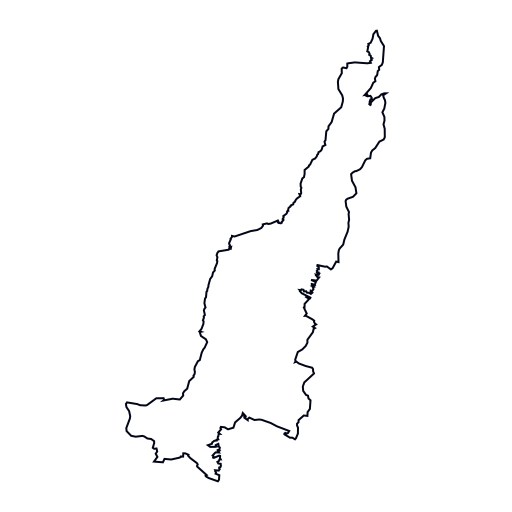 Stejari, Gorj, Romania
{"feature_id": "2599482B41789780482797", "entity_name": "Stejari", "entity_type": "district", "adm_level": 2, "iso_a3": "ROU", "parent_name": "Romania", "parent_adm1": "Gorj", "projection": "robinson", "projection_center": [23.706, 44.799], "detail": "fine", "context": "isolated", "style": "outline", "palette": "ink", "viewbox_px": 512, "rotation_deg": 0, "n_neighbors": 0, "source": "geoboundaries", "source_scale": "gbopen_adm2", "svg_char_len": 6061}
<svg xmlns="http://www.w3.org/2000/svg" viewBox="0 0 512 512"><path d="M217.9,481.3L219.0,479.7L219.3,475.2L215.6,473.7L216.0,472.6L215.2,471.1L215.9,470.7L215.6,470.3L218.7,470.6L219.7,469.2L219.1,468.2L219.2,467.5L220.4,467.1L220.9,465.9L220.7,463.8L218.3,463.5L217.4,461.9L218.8,461.1L219.5,459.4L220.7,459.4L220.0,458.2L220.1,455.9L219.2,455.6L213.8,457.9L213.1,457.6L213.5,456.4L212.6,455.5L215.5,452.4L218.9,452.5L218.2,451.7L219.0,451.1L217.7,450.9L217.6,450.1L219.5,449.5L219.8,447.5L218.8,446.6L218.3,443.9L215.7,445.1L215.7,446.1L216.4,446.6L215.0,446.9L210.2,446.9L207.9,445.2L211.9,443.8L212.2,442.5L214.3,440.8L216.7,440.5L216.6,439.8L218.3,439.4L217.7,438.2L217.9,436.7L218.3,436.3L218.7,433.7L219.7,433.8L218.3,432.5L221.1,429.3L220.4,428.0L220.9,426.9L224.6,427.3L228.0,429.3L233.4,427.7L235.1,422.4L240.3,417.9L242.0,415.7L242.8,413.0L245.8,416.3L245.5,417.2L244.2,416.2L244.4,417.8L247.7,420.1L247.7,419.0L249.3,417.6L254.5,420.0L259.3,419.5L261.6,419.8L270.7,423.0L276.9,426.3L289.2,431.0L287.9,433.1L286.6,433.5L285.3,432.9L284.4,433.6L284.4,434.3L290.0,437.7L292.4,437.7L295.0,439.3L296.0,438.2L297.9,433.6L298.0,427.6L297.1,425.7L297.0,423.8L298.5,422.2L298.6,420.1L303.8,415.5L307.4,415.9L307.6,412.1L309.9,408.9L310.5,400.3L308.5,398.5L308.0,395.7L306.0,394.9L303.2,390.9L302.8,386.6L304.3,382.4L314.0,373.5L313.1,371.2L313.0,369.0L312.1,367.7L305.6,366.0L298.7,363.4L296.4,361.6L295.1,362.1L295.5,361.3L295.2,359.7L297.8,352.0L302.2,349.5L305.7,346.0L307.4,342.7L307.4,339.8L312.9,332.2L313.6,328.9L315.0,328.1L312.8,326.6L316.1,324.4L315.0,323.7L314.0,321.8L314.2,320.7L312.5,319.4L306.1,315.9L304.9,315.9L306.7,313.5L304.3,308.5L304.5,307.9L303.9,307.5L304.6,306.3L304.6,303.9L309.2,298.9L306.3,297.1L307.1,296.6L310.2,298.1L310.4,297.6L301.8,293.3L299.8,291.0L300.1,290.3L299.8,290.0L301.0,290.1L301.5,289.4L303.5,289.8L304.0,291.4L306.2,291.3L306.9,292.6L309.1,292.9L310.9,293.9L312.2,292.8L311.2,292.2L311.5,291.8L310.6,291.3L310.7,290.6L312.1,291.1L313.5,289.1L312.9,287.5L313.9,287.0L312.2,286.1L313.9,285.5L311.8,284.5L311.8,284.0L314.8,284.8L315.8,282.0L311.1,279.9L316.6,280.6L319.1,277.4L317.3,277.0L316.0,275.3L316.4,275.0L316.1,274.6L318.6,274.9L319.3,273.6L318.0,273.3L317.6,273.0L318.1,272.5L317.0,272.3L317.3,271.6L316.8,270.9L317.8,269.6L317.6,269.1L318.8,269.2L318.8,267.4L317.3,266.0L317.5,265.1L325.1,266.7L326.9,266.5L330.9,269.4L332.6,268.2L336.2,261.6L338.5,262.1L338.3,253.4L338.8,250.4L339.6,248.6L343.2,244.6L344.4,239.5L347.6,231.7L348.7,226.6L348.4,223.0L349.1,219.7L348.6,213.9L349.0,212.1L346.3,206.6L345.6,201.1L346.2,199.7L347.6,198.7L353.0,196.8L356.4,193.3L355.5,187.3L352.0,180.8L351.1,174.2L352.5,172.7L355.0,171.2L356.3,171.1L360.0,169.3L361.9,167.2L365.3,160.3L367.0,158.8L370.2,158.3L371.0,152.6L372.3,150.4L375.2,148.1L379.4,141.6L383.7,139.5L384.8,137.2L384.7,128.7L383.5,124.4L384.5,120.5L384.4,117.0L382.4,112.3L384.3,108.5L385.4,102.8L384.9,99.9L384.0,98.4L383.1,95.3L386.1,93.3L384.3,93.3L381.3,94.4L378.8,97.0L375.3,98.1L370.9,102.4L370.7,104.7L370.3,105.0L369.3,104.1L370.0,102.3L369.6,101.9L370.5,99.4L371.8,99.2L371.7,97.7L370.4,95.9L367.3,96.3L366.1,95.7L368.0,94.3L364.8,94.9L370.8,88.1L373.3,82.7L375.4,81.2L374.9,78.6L375.7,76.6L377.1,75.3L377.8,71.0L379.2,69.8L378.9,67.1L381.8,64.9L382.8,62.4L384.0,46.1L380.8,41.0L380.0,38.3L378.1,35.8L376.9,30.7L376.0,30.8L373.4,34.2L372.6,38.6L370.7,42.7L368.3,44.0L368.8,45.0L367.8,46.5L368.2,46.9L367.3,51.4L368.8,52.1L369.6,53.8L369.2,54.8L370.7,55.7L371.0,57.5L371.8,58.0L371.2,58.2L371.1,59.0L371.8,59.9L370.0,61.2L370.8,62.8L367.3,63.3L354.8,62.4L348.1,63.3L347.3,63.5L347.3,66.7L346.5,68.2L343.0,67.5L341.7,68.6L341.8,73.2L338.4,79.2L337.9,81.7L338.4,89.1L342.2,95.3L343.0,98.5L342.8,101.6L341.2,107.3L334.1,113.6L331.6,122.1L328.5,126.3L328.4,128.9L326.3,131.3L325.5,140.2L324.5,141.7L325.4,145.0L322.6,146.4L321.7,149.6L320.4,151.2L318.5,152.2L318.1,154.1L317.3,154.6L316.7,156.5L315.1,158.5L312.4,159.8L310.1,164.6L309.0,165.4L308.8,166.5L304.6,170.0L304.6,174.0L304.0,177.1L302.3,178.5L300.6,183.6L300.7,186.6L301.4,187.8L300.8,189.6L301.2,193.0L300.6,194.3L299.4,194.1L300.2,196.2L296.8,198.6L295.3,200.6L295.1,201.6L293.5,202.8L293.2,204.4L291.2,205.2L290.5,205.9L290.6,206.4L288.6,207.9L288.0,210.3L288.3,210.8L287.1,211.4L287.2,212.4L286.4,213.8L283.3,216.1L283.7,217.2L282.7,219.0L283.4,219.4L283.4,220.2L281.7,221.9L281.8,222.7L280.9,223.3L278.4,222.9L278.0,222.3L278.6,222.0L277.9,220.5L270.7,223.6L268.2,224.0L267.0,223.4L262.8,224.4L263.0,225.7L261.3,228.0L257.3,230.0L250.7,231.1L234.6,236.5L232.0,235.9L232.0,236.9L230.5,238.9L230.8,239.3L229.2,242.9L229.1,243.8L230.0,245.3L229.4,246.5L229.9,247.2L231.1,246.9L230.9,247.7L230.3,247.7L230.5,248.2L229.8,248.1L230.1,248.8L229.1,248.8L228.7,249.7L218.5,251.4L217.3,253.1L216.6,255.3L217.4,257.2L216.8,260.4L217.3,261.0L217.1,262.9L214.6,269.0L214.8,270.5L213.0,272.5L212.2,276.2L210.2,278.9L208.4,285.4L208.4,286.8L207.4,288.9L207.2,291.0L206.5,291.7L206.0,297.2L205.0,298.6L204.4,303.3L205.5,307.5L204.3,309.0L203.9,310.5L204.9,315.0L203.7,316.3L203.9,317.8L202.9,320.3L203.6,321.3L203.4,323.9L201.5,328.9L199.5,331.3L201.0,331.8L199.7,332.1L201.0,336.0L205.9,339.3L207.2,342.1L204.6,347.8L203.3,349.3L201.7,352.7L199.8,360.1L197.9,361.2L194.9,366.9L194.4,369.4L194.9,372.0L194.5,374.3L193.5,375.6L193.7,376.9L189.2,381.1L187.2,388.7L184.3,391.2L183.0,393.3L183.2,395.6L179.8,399.5L172.7,398.7L163.4,400.5L164.1,399.9L163.6,398.2L156.3,398.3L147.0,405.1L145.5,405.5L140.1,405.2L137.3,404.1L127.0,402.4L125.9,404.1L126.5,407.2L129.1,411.0L130.2,416.2L129.9,418.5L126.3,428.1L126.6,431.1L131.2,435.8L135.7,436.7L142.4,435.9L144.2,436.4L147.4,438.5L151.1,439.0L154.1,441.1L154.2,443.0L152.8,447.8L154.2,448.8L156.5,448.5L157.2,451.5L155.7,453.7L157.4,456.9L154.0,461.6L162.9,462.3L164.5,458.9L171.2,459.5L179.3,457.7L180.7,457.1L180.8,456.5L183.1,456.6L183.3,453.3L185.4,453.4L188.5,454.8L188.1,455.7L190.2,458.0L196.9,463.1L197.7,464.4L197.0,466.0L197.3,466.7L206.7,475.1L205.6,475.7L205.8,476.3L208.6,478.0L217.9,481.3Z" fill="none" stroke="#020617" stroke-width="2"/></svg>